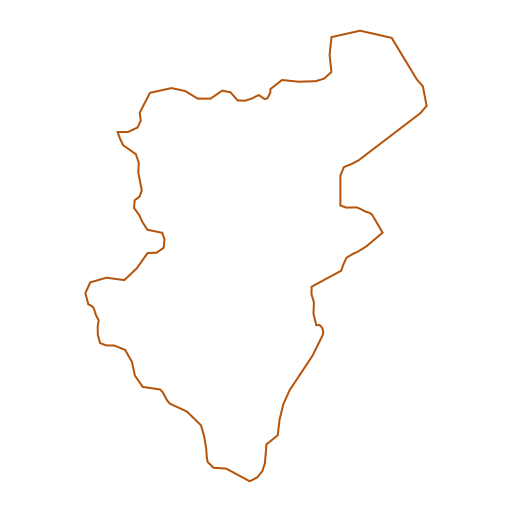 map outline of Denizli (orthographic projection)
{"feature_id": "TUR-2274", "entity_name": "Denizli", "entity_type": "Province", "adm_level": 1, "iso_a3": "TUR", "parent_name": "Turkey", "parent_adm1": "", "projection": "orthographic", "projection_center": [29.199, 37.681], "detail": "fine", "context": "isolated", "style": "outline", "palette": "amber", "viewbox_px": 512, "rotation_deg": 0, "n_neighbors": 0, "source": "natural_earth", "source_scale": "10m", "svg_char_len": 1568}
<svg xmlns="http://www.w3.org/2000/svg" viewBox="0 0 512 512"><path d="M117.6,132.1L128.0,132.0L137.5,127.5L140.8,120.6L139.7,112.7L150.0,92.8L171.4,88.1L185.1,91.0L197.6,98.6L210.5,98.7L222.1,90.7L230.4,92.2L237.6,100.4L245.2,100.7L252.7,98.2L255.9,96.4L258.9,95.1L264.5,99.0L267.3,98.5L270.3,92.7L270.4,89.1L282.0,80.0L298.3,81.7L315.7,81.2L324.1,78.6L331.4,72.0L329.6,54.8L331.5,37.1L360.0,30.7L391.7,37.9L416.6,79.1L422.9,86.4L426.6,105.9L420.3,113.2L358.6,160.3L351.4,164.1L343.9,167.1L340.4,175.5L340.4,205.4L346.1,207.6L356.5,207.4L359.7,208.6L366.0,211.8L369.3,212.7L372.1,214.7L382.6,232.7L366.0,246.6L356.7,252.3L353.2,253.7L346.4,257.8L343.5,264.2L341.2,270.7L311.6,286.7L311.5,294.4L313.9,302.3L313.5,314.0L316.3,325.1L318.2,325.1L319.1,324.9L320.9,326.2L322.5,328.5L323.3,332.6L322.6,335.3L312.4,355.9L289.6,390.2L283.3,404.3L279.6,419.5L277.7,435.3L266.5,444.3L264.9,463.3L262.5,470.8L257.6,477.1L249.7,481.3L226.2,468.6L213.4,467.7L207.6,461.9L206.8,457.3L206.1,447.7L204.1,436.2L201.0,425.3L187.0,411.6L169.9,403.7L167.1,400.4L162.9,392.5L160.1,389.5L142.7,386.9L134.9,375.6L132.0,362.0L125.1,349.9L114.2,345.5L106.1,345.4L100.1,343.1L97.8,334.7L97.7,326.3L98.7,320.3L96.0,315.3L94.7,310.9L92.9,306.9L90.5,305.3L88.3,304.4L85.4,293.1L90.2,282.4L106.4,277.7L124.3,280.1L136.7,268.4L147.6,253.0L156.6,252.7L163.7,247.7L164.5,239.5L162.2,232.8L147.4,229.8L142.5,222.2L139.0,214.7L134.0,207.9L134.7,200.3L139.6,196.6L141.8,190.4L138.3,172.8L138.8,162.8L135.9,154.2L123.1,145.2L120.1,138.8L117.6,132.1Z" fill="none" stroke="#b45309" stroke-width="2"/></svg>